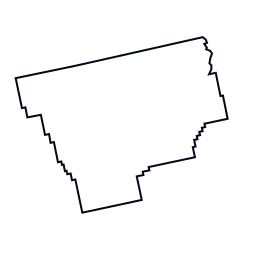 outline of Musselshell, Montana, United States of America, rotated 348°
{"feature_id": "52423323B78609580638287", "entity_name": "Musselshell", "entity_type": "district", "adm_level": 2, "iso_a3": "USA", "parent_name": "United States of America", "parent_adm1": "Montana", "projection": "mercator", "projection_center": [-108.305, 46.444], "detail": "fine", "context": "isolated", "style": "outline", "palette": "ink", "viewbox_px": 256, "rotation_deg": 348, "n_neighbors": 0, "source": "geoboundaries", "source_scale": "gbopen_adm2", "svg_char_len": 807}
<svg xmlns="http://www.w3.org/2000/svg" viewBox="0 0 256 256"><g transform="rotate(348 128 128)"><path d="M89.8,56.2L28.5,55.9L28.4,86.5L31.9,86.5L31.8,96.7L45.5,97.0L45.4,117.5L49.5,117.5L49.2,126.4L52.6,126.4L52.4,146.9L55.8,146.9L55.7,150.3L57.4,150.3L57.3,157.1L59.0,157.1L59.0,160.6L62.4,160.6L62.4,167.4L65.8,167.4L65.7,201.3L126.5,201.2L126.5,177.1L133.3,177.2L133.3,173.8L140.1,173.9L140.1,170.5L187.4,170.5L187.4,160.2L190.2,160.2L190.2,153.4L193.6,153.4L193.6,150.0L197.0,150.0L196.9,146.6L200.3,146.6L200.3,143.2L203.7,143.1L203.7,139.7L227.4,139.7L227.6,116.0L225.1,116.0L225.3,92.3L218.4,92.3L221.8,87.8L222.6,83.9L221.1,81.7L223.1,76.7L225.7,72.6L224.5,69.7L220.8,67.2L221.8,65.9L220.1,61.6L223.0,61.1L222.4,57.7L220.0,54.7L89.8,56.2Z" fill="none" stroke="#020617" stroke-width="2"/></g></svg>